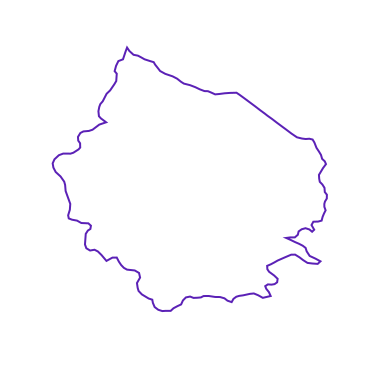 Mucurici, Espírito Santo, Brazil, rotated 285°
{"feature_id": "56859067B59979261152966", "entity_name": "Mucurici", "entity_type": "district", "adm_level": 2, "iso_a3": "BRA", "parent_name": "Brazil", "parent_adm1": "Espírito Santo", "projection": "equal_earth", "projection_center": [-40.52, -18.016], "detail": "fine", "context": "isolated", "style": "outline", "palette": "violet", "viewbox_px": 384, "rotation_deg": 285, "n_neighbors": 0, "source": "geoboundaries", "source_scale": "gbopen_adm2", "svg_char_len": 2703}
<svg xmlns="http://www.w3.org/2000/svg" viewBox="0 0 384 384"><g transform="rotate(285 192 192)"><path d="M69.5,189.9L69.3,194.1L70.5,197.7L71.7,202.2L74.9,204.2L78.0,207.5L80.6,210.6L84.9,211.3L88.6,213.4L90.5,217.2L90.1,220.9L91.3,224.7L92.5,227.9L94.5,230.1L95.9,235.2L96.6,241.5L97.8,246.3L97.7,250.9L96.2,254.4L95.9,258.8L99.5,259.7L102.3,261.9L103.9,264.5L105.4,268.1L108.6,274.3L110.0,278.0L109.4,282.6L108.1,287.8L111.9,294.9L115.2,292.2L117.8,288.7L120.0,287.1L122.4,289.2L123.1,292.8L124.4,295.6L126.8,297.6L130.3,297.2L132.6,293.0L134.9,287.1L136.9,284.8L140.1,283.7L142.6,286.9L145.4,289.9L147.9,292.4L152.8,298.5L157.1,304.0L158.2,307.8L156.7,312.8L155.0,316.9L153.4,321.9L154.1,326.9L155.1,332.0L158.3,334.0L159.6,328.5L160.7,322.2L164.4,318.1L167.4,316.2L168.8,312.8L169.7,308.6L170.3,304.5L171.2,299.9L172.0,294.9L173.7,299.0L174.8,303.1L178.1,305.3L181.5,305.2L184.4,307.6L186.4,311.0L186.2,315.1L184.7,318.3L187.2,319.8L191.0,316.0L194.7,316.9L196.1,321.5L197.9,324.6L201.9,324.6L205.5,325.1L208.9,325.8L211.9,323.7L214.7,322.9L217.2,322.9L220.6,323.9L224.3,323.0L226.3,320.3L230.3,318.9L233.0,316.0L234.9,312.8L237.8,311.4L241.4,310.2L245.6,311.4L249.1,312.4L253.6,314.2L256.0,312.3L257.7,309.1L261.2,307.0L263.8,304.3L266.9,300.8L271.5,297.4L273.9,294.9L273.8,291.5L272.6,288.1L272.1,284.4L272.0,279.2L274.2,272.9L277.0,266.0L278.2,262.9L281.1,255.6L283.3,250.3L285.2,245.2L286.4,242.4L288.8,236.3L291.1,230.8L292.8,226.5L296.8,216.4L298.3,212.5L299.4,209.3L297.5,202.9L295.8,198.0L293.7,192.9L292.3,189.1L293.0,185.0L293.5,181.3L292.7,177.9L293.2,172.9L294.1,168.1L294.7,162.4L294.6,156.1L295.6,152.9L297.6,148.3L298.7,143.3L299.2,135.6L300.6,129.9L303.2,126.5L305.5,123.4L307.5,121.4L307.6,117.7L307.9,111.8L308.9,108.0L309.7,104.5L309.4,100.0L312.0,95.0L314.7,91.9L310.6,91.5L302.3,91.0L299.4,87.0L294.2,86.0L288.7,86.0L286.8,88.7L279.6,90.1L276.0,89.1L268.9,86.6L264.8,84.1L256.5,82.3L253.2,80.7L250.3,80.4L245.8,80.7L241.1,82.5L239.5,85.0L237.1,91.0L233.1,85.0L226.4,79.8L224.3,76.6L222.4,71.4L220.1,68.9L215.7,67.6L212.2,68.8L210.1,71.3L206.0,72.5L203.8,71.4L199.2,67.2L197.6,64.7L195.8,57.7L193.1,53.9L188.0,50.7L183.6,50.0L179.7,51.8L176.0,55.2L173.0,61.0L168.9,65.9L166.0,67.6L160.2,69.7L149.0,77.5L143.3,78.6L137.4,78.4L134.6,79.8L134.2,83.2L134.6,88.4L133.4,93.1L134.9,100.0L133.3,103.1L130.0,103.4L127.8,101.4L124.1,100.2L113.6,102.2L110.3,104.5L109.1,108.7L111.0,112.8L110.2,116.5L107.7,120.9L103.3,127.2L108.0,132.1L109.2,136.3L105.8,139.4L103.1,142.5L101.1,145.8L100.2,149.3L101.4,157.0L100.1,161.8L95.9,164.0L89.8,162.4L85.4,164.3L82.6,166.0L80.1,170.1L77.9,177.7L77.7,181.5L74.8,182.9L71.2,185.7L69.5,189.9Z" fill="none" stroke="#5b21b6" stroke-width="2"/></g></svg>